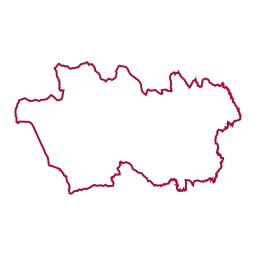 Ruhango, Southern, Rwanda (Equal Earth projection), rotated 180°
{"feature_id": "39286606B52583425373362", "entity_name": "Ruhango", "entity_type": "district", "adm_level": 2, "iso_a3": "RWA", "parent_name": "Rwanda", "parent_adm1": "Southern", "projection": "equal_earth", "projection_center": [29.754, -2.193], "detail": "fine", "context": "isolated", "style": "outline", "palette": "rose", "viewbox_px": 256, "rotation_deg": 180, "n_neighbors": 0, "source": "geoboundaries", "source_scale": "gbopen_adm2", "svg_char_len": 5660}
<svg xmlns="http://www.w3.org/2000/svg" viewBox="0 0 256 256"><g transform="rotate(180 128 128)"><path d="M236.9,155.7L237.2,155.0L237.1,153.9L238.5,152.0L239.2,148.5L239.8,148.2L240.2,147.4L240.4,145.7L240.6,143.6L240.2,141.6L240.4,140.6L240.3,139.9L239.4,138.5L239.6,137.4L239.4,136.3L239.6,134.0L237.6,133.0L237.4,134.0L236.8,134.4L226.6,134.1L224.2,132.1L222.2,128.5L215.7,113.9L212.2,106.8L211.6,104.9L210.3,101.9L208.2,98.6L207.4,93.8L207.3,91.2L206.0,90.1L204.9,90.3L196.4,87.1L195.9,86.7L196.2,86.1L194.5,84.9L193.1,82.7L192.6,82.6L192.2,80.8L191.5,80.1L190.4,80.2L190.0,79.1L189.6,79.1L189.8,78.2L188.7,74.1L186.9,71.5L186.4,68.8L186.7,68.3L186.6,67.2L187.2,66.4L186.4,62.9L185.5,62.3L184.3,62.6L182.0,64.6L180.3,65.2L179.2,64.9L177.7,66.0L177.5,65.7L176.7,66.5L174.5,65.9L173.3,66.8L170.6,67.4L169.6,66.7L167.3,68.0L166.3,68.2L164.6,69.6L163.6,69.9L162.5,70.8L160.7,70.9L160.0,70.4L157.9,70.3L154.9,70.8L153.9,70.2L152.5,70.1L150.4,71.1L148.2,69.9L147.4,69.8L142.9,70.3L142.3,72.7L142.7,73.2L143.5,75.5L143.8,75.7L144.1,75.5L144.6,78.2L143.9,78.2L143.7,79.0L142.4,79.0L141.9,80.2L141.2,80.6L140.7,81.6L139.9,81.3L136.3,81.5L136.2,82.4L136.9,84.8L138.6,87.7L136.8,89.1L135.9,90.9L136.2,92.8L135.9,94.0L135.0,94.4L134.1,92.9L133.6,93.4L132.2,92.9L129.7,93.9L127.4,92.8L126.7,92.8L124.3,90.1L123.0,86.8L119.6,85.1L118.3,83.6L114.5,82.8L112.1,80.0L108.8,77.4L107.9,74.7L105.7,74.9L101.4,70.3L100.4,71.1L98.4,70.3L95.7,70.8L95.2,70.0L94.2,70.7L93.8,70.5L93.1,70.8L92.1,72.0L90.5,71.4L89.6,72.3L87.8,72.3L87.2,72.8L87.0,73.9L86.2,74.3L86.3,75.4L86.1,75.6L84.8,75.7L84.7,76.3L84.5,76.0L83.7,76.5L83.1,75.9L82.3,76.2L82.3,76.8L82.2,76.6L81.8,77.1L80.5,76.4L80.7,75.9L79.6,75.4L79.9,74.7L79.7,74.4L80.0,74.3L79.4,73.4L79.3,72.7L78.8,72.6L78.8,71.9L78.3,71.3L78.4,70.6L79.5,70.7L78.9,70.1L78.9,69.2L78.4,69.3L79.2,67.5L78.7,66.6L77.8,66.0L77.3,66.1L77.3,65.1L76.4,65.1L76.7,65.7L76.3,66.1L76.3,65.6L74.6,65.5L73.7,65.0L73.1,65.8L73.0,66.9L72.8,66.4L72.4,67.1L72.2,66.2L70.8,66.0L70.8,65.7L70.0,66.1L69.9,68.0L70.2,69.6L69.9,72.4L70.4,75.9L66.5,75.6L65.1,74.4L63.9,72.6L63.5,71.2L62.9,70.7L62.9,72.7L61.3,75.1L57.9,75.6L55.2,74.4L53.7,74.8L52.6,74.2L51.2,75.4L50.3,75.5L49.4,75.0L48.9,76.0L48.3,75.9L46.0,77.9L45.4,77.7L45.2,76.3L45.0,76.8L44.5,76.4L43.9,76.6L43.5,77.1L43.5,76.3L42.7,74.8L42.3,74.7L42.6,73.9L42.3,73.6L41.2,74.9L41.1,77.3L39.8,78.5L40.0,79.6L39.1,80.0L38.9,80.6L39.6,81.2L40.0,82.2L39.2,82.7L38.1,84.7L37.4,84.8L36.8,86.3L35.1,88.0L34.8,89.2L34.4,89.5L34.8,91.1L34.5,93.1L35.2,92.9L35.4,93.5L34.5,94.5L33.6,94.9L32.8,97.7L33.0,98.1L35.2,98.1L35.4,98.9L35.2,100.2L35.6,101.3L36.9,101.8L37.2,100.8L37.6,100.8L38.1,101.7L38.0,103.1L39.0,103.1L39.1,103.3L38.7,104.6L38.4,105.0L38.7,106.1L37.8,107.0L38.1,108.1L38.0,110.3L38.9,112.3L40.3,112.5L40.5,113.0L40.4,115.2L40.8,115.9L40.2,117.5L40.4,119.0L38.5,122.2L38.4,122.8L39.0,124.0L37.4,126.3L34.8,125.9L33.8,124.5L33.5,124.6L32.0,126.4L30.3,127.0L30.5,128.8L29.5,128.6L28.8,128.1L27.9,130.5L28.0,131.3L28.6,132.0L28.0,132.9L27.9,134.0L26.7,133.2L25.3,130.9L24.3,132.0L23.6,130.6L22.7,133.4L21.4,135.1L20.9,135.3L20.0,135.0L15.8,136.7L15.9,137.9L15.4,139.1L15.7,139.7L15.7,141.4L16.4,141.4L16.7,141.9L16.6,143.7L17.6,144.6L17.2,145.1L17.5,145.5L17.4,146.5L17.8,146.2L17.9,146.7L18.6,147.0L18.4,147.6L18.8,148.6L20.3,150.0L20.7,151.4L22.1,153.7L22.9,153.8L23.3,156.4L22.8,156.9L23.3,157.6L24.8,157.6L25.2,158.1L25.0,159.2L24.4,159.7L24.9,160.1L24.9,160.7L26.0,161.4L25.6,162.0L26.6,162.4L26.0,163.0L26.9,163.4L26.6,164.7L27.2,165.2L27.3,165.9L27.7,165.9L27.6,166.7L28.2,167.2L28.7,167.0L28.7,168.0L29.2,168.2L29.4,168.9L30.0,168.5L30.7,168.9L31.2,168.1L33.0,169.1L32.3,171.5L32.8,171.9L33.3,173.0L35.3,170.4L35.8,170.4L36.2,170.0L36.9,170.1L38.0,171.3L38.4,171.1L38.6,171.3L40.9,170.2L41.4,170.8L43.2,171.3L43.8,172.0L46.5,173.5L46.8,175.1L47.9,176.5L48.6,176.5L49.8,177.3L51.3,177.3L52.1,177.0L53.4,175.5L54.4,169.6L54.9,169.2L55.7,169.5L56.2,169.2L57.4,170.3L58.4,170.3L58.3,172.4L58.7,173.3L59.7,173.6L60.3,176.4L60.7,175.3L61.4,175.9L63.0,174.8L65.8,169.2L66.7,168.5L67.1,169.9L67.9,170.1L68.8,172.0L69.6,172.2L69.8,173.7L70.4,174.1L71.7,176.4L75.1,179.6L77.6,184.1L78.2,182.9L79.7,183.0L80.7,182.5L81.0,182.0L81.4,183.5L82.5,183.5L84.3,182.0L85.0,181.9L85.9,179.8L85.9,176.9L85.0,175.0L85.2,173.5L84.7,172.1L85.3,169.2L85.1,167.4L84.5,166.5L84.4,165.0L84.7,164.6L85.9,165.2L88.1,165.0L89.7,166.4L90.5,166.0L91.1,166.3L93.1,166.2L94.3,165.9L93.9,163.2L93.6,162.7L94.1,162.2L95.2,162.1L98.0,163.7L100.4,165.9L105.7,165.3L107.7,166.5L108.8,165.4L109.9,161.2L112.0,162.7L114.0,164.8L114.8,169.0L114.8,170.6L116.0,173.7L118.0,176.0L125.3,181.3L127.0,184.1L128.5,187.3L130.4,189.3L131.6,189.2L133.0,189.8L134.9,189.7L136.3,190.4L137.3,189.9L140.0,184.8L139.4,183.3L139.5,182.0L140.3,178.9L140.8,178.0L144.0,176.0L146.0,177.0L147.4,177.3L150.4,174.6L151.2,175.6L152.5,176.3L154.8,176.9L155.7,178.1L155.7,179.6L157.3,182.6L160.5,185.0L160.9,185.6L161.3,188.4L163.8,191.6L165.3,191.8L167.2,191.2L167.7,191.9L167.6,192.3L168.7,193.7L169.9,193.5L170.9,192.5L173.2,192.4L174.8,191.9L176.8,190.0L177.6,188.7L179.3,188.7L181.2,187.9L183.6,187.8L186.0,187.2L188.5,189.7L190.7,189.5L192.3,190.3L194.4,190.3L196.8,192.1L197.5,192.1L200.3,188.5L201.4,187.8L199.4,184.2L199.3,181.2L198.9,179.1L197.8,177.9L197.1,175.1L196.4,174.4L196.6,173.0L196.4,171.4L196.8,170.2L196.3,169.1L196.8,167.5L195.5,165.3L194.9,165.7L192.5,165.6L192.9,164.1L193.7,158.6L194.6,156.7L198.6,155.6L203.3,160.0L204.8,160.8L205.8,160.2L207.1,158.4L207.6,158.4L208.9,157.1L210.9,156.4L214.7,156.1L217.1,155.0L220.6,156.3L221.9,155.6L224.3,155.1L226.4,155.1L231.2,157.8L236.9,155.7Z" fill="none" stroke="#9f1239" stroke-width="2"/></g></svg>